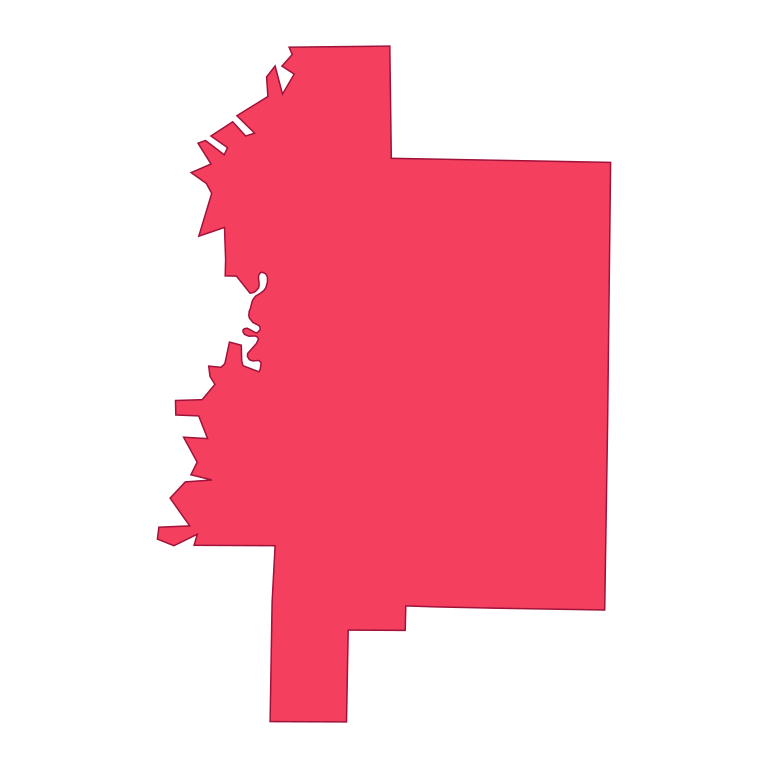 the district of Woodruff, Arkansas, United States of America
{"feature_id": "52423323B87929534363237", "entity_name": "Woodruff", "entity_type": "district", "adm_level": 2, "iso_a3": "USA", "parent_name": "United States of America", "parent_adm1": "Arkansas", "projection": "mercator", "projection_center": [-91.376, 35.179], "detail": "fine", "context": "isolated", "style": "filled", "palette": "rose", "viewbox_px": 768, "rotation_deg": 0, "n_neighbors": 0, "source": "geoboundaries", "source_scale": "gbopen_adm2", "svg_char_len": 1539}
<svg xmlns="http://www.w3.org/2000/svg" viewBox="0 0 768 768"><path d="M610.6,162.4L391.3,158.3L389.8,46.1L289.1,47.2L292.2,54.6L281.9,66.1L294.2,74.1L282.5,94.1L275.1,66.0L266.6,76.9L267.9,96.5L236.9,115.7L254.6,133.2L245.6,136.0L232.7,121.8L210.9,136.0L227.5,147.6L224.2,154.8L205.5,140.5L198.0,143.2L211.0,164.0L191.1,172.6L206.4,183.5L211.7,193.4L198.8,236.2L224.5,227.4L225.6,259.8L225.2,275.9L236.4,276.1L250.0,293.1L252.7,292.8L255.3,291.5L258.5,288.1L259.1,285.6L259.0,282.3L258.5,277.9L258.6,275.4L260.4,272.7L262.2,272.2L265.7,273.8L267.0,276.0L267.5,278.3L267.4,282.2L265.9,287.6L264.0,290.4L260.0,293.5L255.6,296.1L253.0,299.5L252.0,301.9L250.3,308.8L249.2,311.2L248.8,315.7L249.5,318.2L252.9,322.5L257.2,324.6L259.2,325.9L260.2,327.9L259.9,330.0L257.2,332.7L255.6,332.8L249.6,329.4L247.0,328.2L244.4,328.7L243.1,329.8L243.0,331.8L244.5,334.4L248.8,336.2L255.1,336.0L256.8,336.6L258.5,338.9L256.5,343.4L247.7,353.4L247.4,356.4L249.4,359.7L252.6,360.9L258.6,360.5L260.8,362.2L261.1,363.1L260.3,368.9L258.9,371.8L243.0,365.7L241.7,361.0L241.3,345.2L229.5,342.1L224.8,363.7L221.0,367.3L208.7,366.1L210.0,376.4L214.9,384.4L202.1,399.7L175.5,400.5L175.8,415.0L198.7,415.9L207.6,438.6L183.6,437.2L197.2,462.2L190.9,474.8L211.9,480.0L185.3,481.9L170.1,498.1L189.7,525.9L158.9,527.2L157.4,539.1L173.9,545.7L197.3,534.2L194.1,545.3L275.1,545.7L272.1,602.1L270.1,721.6L346.5,721.9L348.2,630.1L405.2,630.4L405.8,605.9L436.0,606.9L496.6,608.2L604.7,610.0L607.6,423.8L610.6,162.4Z" fill="#f43f5e" stroke="#9f1239" stroke-width="1.5"/></svg>